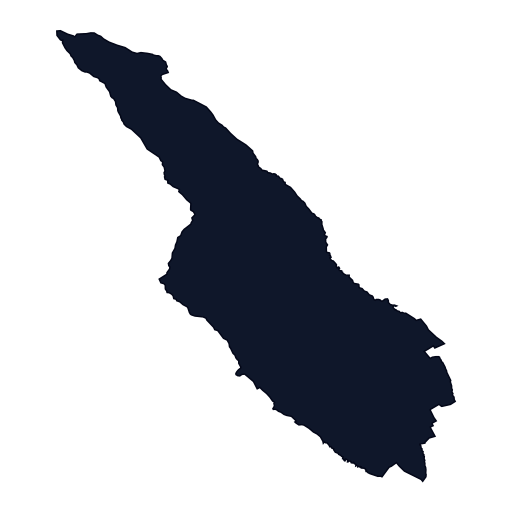 the district of Straoane, Vrancea, Romania
{"feature_id": "2599482B77853127668165", "entity_name": "Straoane", "entity_type": "district", "adm_level": 2, "iso_a3": "ROU", "parent_name": "Romania", "parent_adm1": "Vrancea", "projection": "robinson", "projection_center": [27.011, 45.969], "detail": "fine", "context": "isolated", "style": "filled", "palette": "ink", "viewbox_px": 512, "rotation_deg": 0, "n_neighbors": 0, "source": "geoboundaries", "source_scale": "gbopen_adm2", "svg_char_len": 6025}
<svg xmlns="http://www.w3.org/2000/svg" viewBox="0 0 512 512"><path d="M382.0,476.8L389.1,467.2L391.4,466.2L396.4,462.6L399.2,466.0L404.4,471.1L421.1,479.4L422.7,481.3L425.9,476.8L426.1,474.6L425.7,473.2L425.9,469.8L425.6,467.3L424.8,465.5L424.9,463.2L424.4,461.8L424.8,460.3L424.1,458.8L424.3,456.3L423.4,455.6L423.9,454.8L422.8,453.4L423.1,451.6L422.0,450.7L422.0,448.8L421.2,448.3L420.7,445.5L420.0,445.0L419.8,444.4L420.0,444.0L424.9,443.1L425.0,442.4L429.1,438.0L435.0,436.3L430.7,428.3L430.4,426.9L433.1,425.7L432.1,423.8L432.2,423.1L436.2,420.9L433.9,417.6L430.1,409.9L430.7,409.2L439.0,404.3L441.5,406.3L442.1,406.3L450.5,404.4L455.2,401.4L454.2,399.6L454.0,397.1L452.4,395.1L452.9,393.5L451.9,392.0L452.3,389.8L451.6,388.3L451.6,385.9L450.3,381.8L450.7,380.5L446.7,372.2L446.6,370.9L445.5,368.7L445.1,367.2L442.6,362.4L441.8,362.1L440.9,359.8L439.8,358.4L439.6,357.3L438.8,356.7L435.7,356.7L432.4,357.2L430.1,358.4L424.2,351.4L433.4,345.8L434.8,348.0L444.4,343.7L441.8,341.2L436.2,337.2L428.3,329.8L426.5,326.2L420.7,319.1L416.1,320.4L414.6,318.8L405.8,313.2L404.2,313.3L402.2,312.4L400.5,312.9L399.2,311.4L397.2,310.9L395.7,309.6L395.1,309.9L393.0,307.4L392.9,306.6L394.4,305.7L395.8,306.3L396.6,305.9L394.4,305.1L392.7,305.2L390.2,304.5L388.4,302.5L388.3,300.4L387.5,298.9L385.1,299.1L382.3,301.2L381.4,301.1L380.2,300.0L378.7,299.5L376.2,299.5L375.2,300.3L374.5,300.0L373.6,298.9L373.1,297.1L372.3,296.0L369.2,294.8L367.0,292.0L364.3,291.1L362.1,288.6L359.5,287.8L359.1,287.4L358.8,284.6L358.3,284.2L354.4,283.5L353.3,282.9L352.5,280.3L349.1,277.1L349.2,275.2L346.0,275.2L343.8,273.9L342.8,273.2L342.6,272.3L341.9,272.2L341.7,270.9L340.1,270.7L338.8,269.6L338.8,268.9L339.5,268.3L338.9,267.2L338.2,267.0L337.6,267.9L337.0,267.9L336.1,266.2L336.5,264.9L335.9,263.9L333.3,261.0L331.5,260.5L330.1,258.4L330.0,257.7L331.0,257.3L330.4,255.7L329.5,255.3L330.0,254.2L329.5,252.9L326.7,252.3L326.4,251.4L326.3,246.9L327.5,244.9L325.7,242.2L325.6,238.9L326.8,237.5L327.0,236.5L325.3,235.9L324.4,234.8L325.3,232.7L323.3,229.9L323.1,228.6L321.8,224.4L321.9,221.7L321.1,220.5L321.2,219.9L319.5,219.1L318.8,218.0L317.3,217.6L315.4,216.2L314.9,215.0L313.9,213.9L311.9,213.2L308.6,208.8L306.2,206.4L304.8,203.1L303.0,201.3L301.4,200.6L300.4,199.1L297.0,195.8L294.7,192.2L290.5,187.4L285.2,184.4L285.1,182.4L283.5,181.8L282.5,179.2L281.2,178.5L280.5,178.7L278.2,176.1L276.3,175.9L276.0,175.3L276.2,174.8L274.9,173.9L273.3,173.8L272.6,174.2L270.3,173.0L267.9,172.7L266.9,171.2L263.5,170.4L262.5,170.6L260.7,168.5L258.2,166.6L258.3,165.9L257.4,164.2L258.1,162.2L258.1,161.0L257.2,159.4L256.2,158.8L255.6,156.6L253.0,153.2L252.6,150.9L246.0,145.0L236.8,139.2L230.4,133.3L225.6,128.0L223.5,127.0L222.1,125.3L218.4,123.0L215.6,119.9L213.0,115.1L210.8,112.1L206.3,107.0L193.4,100.3L192.0,100.3L185.0,98.3L181.1,96.1L176.5,92.2L170.8,89.8L165.4,84.6L160.9,79.1L161.2,78.0L160.8,75.8L162.2,74.5L168.2,72.5L167.6,70.9L166.9,70.2L166.1,68.5L167.2,66.8L167.2,66.3L166.3,64.7L165.6,62.0L162.8,60.3L161.8,58.5L159.9,56.4L158.5,55.8L156.1,55.7L153.2,55.0L152.6,54.4L147.6,53.4L140.9,52.6L137.0,53.5L132.1,52.1L125.1,47.6L117.0,45.2L109.0,42.1L103.5,38.9L100.7,36.3L97.7,35.2L94.3,33.0L90.8,32.9L86.5,33.7L77.4,34.1L76.8,34.3L75.1,36.6L74.5,36.7L73.3,35.9L67.7,34.2L60.4,30.7L56.8,31.0L57.0,35.4L60.4,39.8L61.6,40.4L62.8,40.2L62.5,42.8L65.1,47.9L67.0,50.6L70.2,53.7L71.1,56.0L72.7,57.5L74.3,60.4L74.9,62.6L76.9,64.8L78.3,67.8L81.9,70.7L85.1,72.0L86.8,72.0L89.6,73.0L93.8,76.5L97.7,77.7L99.3,79.1L99.7,80.7L105.0,83.5L106.2,87.0L109.6,91.7L110.8,96.2L112.1,97.7L113.6,98.5L115.5,101.5L116.0,105.0L117.6,107.7L117.8,110.4L118.2,111.7L120.6,116.0L120.9,117.9L121.6,118.9L121.7,120.0L123.4,122.1L124.1,124.1L126.5,126.5L131.5,129.2L140.8,137.9L147.2,149.0L159.2,157.1L160.9,160.7L162.6,161.7L162.4,164.7L164.2,167.1L165.0,171.0L164.1,172.6L164.4,174.7L165.2,175.9L164.5,176.8L165.1,179.3L168.0,180.4L167.7,181.5L167.9,183.1L170.2,184.0L173.2,186.6L178.4,188.8L179.4,189.7L178.8,191.5L179.1,191.9L182.4,194.6L186.8,199.8L190.3,202.7L190.9,203.6L190.6,209.3L190.9,210.2L193.4,211.6L194.9,214.2L194.8,214.9L191.9,217.9L192.7,220.5L191.3,222.6L190.8,224.2L184.2,229.3L182.1,231.8L180.7,235.7L177.8,237.5L176.9,241.9L175.5,245.0L175.0,248.4L172.4,253.0L172.0,258.3L170.5,260.9L168.4,263.4L168.8,265.7L169.9,267.1L169.6,269.0L167.0,272.6L166.9,274.2L159.2,279.1L160.9,282.8L164.0,283.7L165.3,285.3L165.3,288.4L165.6,289.6L166.6,290.5L167.1,292.5L169.2,292.7L171.6,294.1L173.1,295.7L173.8,298.6L175.7,299.1L176.4,299.6L176.7,300.7L179.8,301.8L183.0,304.6L187.2,306.8L188.0,308.1L189.4,312.4L190.4,314.1L191.4,314.8L194.9,316.0L203.1,316.9L206.0,318.2L206.9,320.1L213.6,327.2L214.8,329.7L217.7,330.5L223.5,338.3L227.2,340.1L229.1,343.6L229.5,346.8L230.7,348.4L233.0,353.3L235.0,355.2L235.9,357.8L237.2,359.5L238.7,360.7L238.8,363.4L240.8,367.0L240.7,368.1L238.5,369.8L236.9,371.7L235.9,373.4L236.0,374.6L237.8,375.7L239.8,375.9L241.9,374.4L244.7,374.1L253.5,381.5L257.2,388.8L259.9,387.4L262.6,390.2L266.6,393.5L269.8,397.0L272.6,401.0L274.6,402.3L273.9,403.7L274.4,405.1L274.2,406.5L272.9,408.7L273.3,409.4L275.3,409.2L276.8,409.9L278.5,411.3L281.0,412.2L284.0,414.4L286.7,415.4L291.4,416.3L296.1,420.8L296.3,421.1L294.9,422.0L296.0,423.0L298.9,424.9L301.9,424.6L304.0,425.1L308.9,428.2L313.4,432.0L317.0,433.9L320.4,436.7L322.9,441.2L323.3,443.2L324.3,442.0L325.7,442.8L327.1,442.9L329.2,445.4L329.8,446.8L331.1,446.6L331.7,448.0L333.7,448.7L333.6,449.6L335.3,452.2L338.2,453.3L338.6,454.3L340.9,455.5L341.6,456.4L343.0,456.8L342.6,458.7L343.6,459.0L343.7,459.7L344.5,460.8L345.2,460.7L345.1,459.4L345.8,458.9L347.7,460.2L347.5,461.9L348.2,461.8L349.2,460.9L350.7,461.3L351.2,462.7L352.4,463.0L353.7,462.3L354.0,463.4L356.0,464.5L355.8,465.9L356.7,465.4L357.7,466.0L357.8,466.8L358.5,466.4L359.8,467.0L360.6,466.5L361.1,466.7L360.9,467.7L361.3,468.0L363.9,468.2L365.2,468.7L365.5,469.7L366.4,470.2L365.9,471.0L366.2,471.6L367.2,471.6L367.9,472.6L370.1,473.7L377.8,476.3L380.5,476.2L382.0,476.8Z" fill="#0f172a" stroke="#020617" stroke-width="1.5"/></svg>